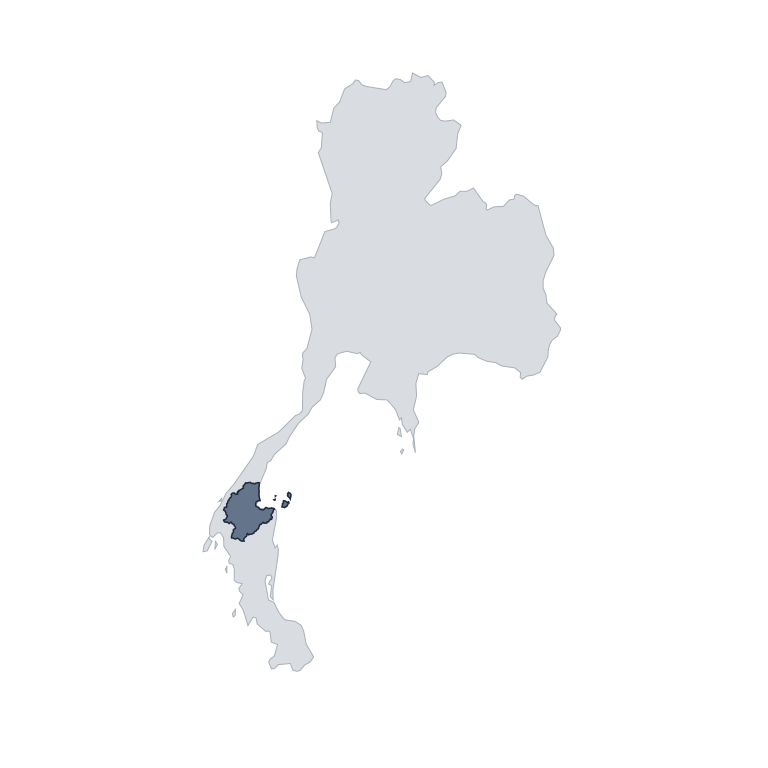 where Surat Thani sits in Thailand, rotated 19°
{"feature_id": "THA-380", "entity_name": "Surat Thani", "entity_type": "Province", "adm_level": 1, "iso_a3": "THA", "parent_name": "Thailand", "parent_adm1": "", "projection": "robinson", "projection_center": [99.144, 9.058], "detail": "fine", "context": "in_parent", "style": "filled", "palette": "slate", "viewbox_px": 768, "rotation_deg": 19, "n_neighbors": 0, "source": "natural_earth", "source_scale": "10m", "svg_char_len": 9242}
<svg xmlns="http://www.w3.org/2000/svg" viewBox="0 0 768 768"><g transform="rotate(19 384 384)"><path d="M333.5,82.5L334.1,85.4L336.9,81.5L340.5,79.6L347.8,88.2L348.6,91.9L343.4,105.7L344.3,110.3L347.6,114.1L351.6,116.3L355.9,115.7L363.9,111.7L372.7,114.3L372.2,123.4L375.5,137.9L371.2,152.8L366.9,160.1L370.2,166.5L370.4,172.4L362.0,195.6L363.7,197.3L369.1,199.9L371.4,199.1L380.2,190.0L390.0,182.9L393.2,177.0L399.4,175.0L404.9,169.6L417.8,179.0L421.2,179.8L422.8,181.4L423.5,185.2L425.1,185.9L430.4,180.6L439.1,177.2L442.6,169.2L446.7,166.8L446.3,162.9L447.6,161.4L454.8,161.0L465.8,165.2L469.6,166.1L471.4,165.1L488.8,190.8L500.1,200.6L502.9,207.3L500.5,224.5L500.8,234.3L503.3,241.8L508.1,247.0L511.7,254.5L524.7,261.6L523.6,263.5L524.5,268.2L532.6,273.5L533.3,275.3L532.4,282.3L528.8,287.6L528.0,291.9L528.0,297.2L530.1,305.3L527.7,321.9L522.9,326.6L516.6,330.0L513.2,334.5L510.6,333.4L509.4,328.7L502.5,326.2L489.2,328.6L482.5,327.5L473.6,329.1L464.9,328.4L459.8,326.5L445.3,330.1L439.2,333.4L434.8,338.2L428.3,350.4L421.7,358.0L421.8,361.0L413.5,362.9L414.0,373.3L418.7,384.6L420.2,398.9L429.5,409.0L427.7,416.1L428.8,422.9L436.1,438.8L430.9,431.3L429.8,426.1L423.7,418.2L421.7,422.1L414.5,416.2L411.5,410.3L410.4,412.9L403.3,404.6L396.1,400.1L392.0,398.1L381.9,401.0L369.0,398.8L364.1,400.9L362.0,399.6L360.8,397.1L364.3,367.4L353.2,363.7L351.3,361.8L348.9,364.0L338.0,365.2L330.1,370.7L329.1,375.2L332.7,383.4L328.2,398.1L329.7,412.0L329.1,419.6L323.6,429.3L322.2,437.0L316.0,448.9L311.9,463.9L310.9,472.6L303.5,485.9L301.8,493.4L299.2,496.2L300.2,502.2L299.0,520.4L303.7,533.6L302.4,539.8L307.5,542.0L319.5,537.8L323.6,538.9L326.1,546.1L329.2,567.8L334.3,574.5L335.5,571.1L337.9,574.6L339.8,581.1L346.1,615.3L349.5,624.2L345.6,621.9L343.5,611.2L339.9,610.7L341.2,603.9L339.0,601.5L335.4,603.4L335.5,608.8L345.1,625.8L351.0,626.3L358.5,633.8L366.7,639.3L377.1,637.4L384.2,639.1L388.5,643.8L395.2,655.3L406.3,664.9L404.6,671.0L400.3,675.8L398.0,682.2L395.0,684.1L390.9,684.1L386.4,678.8L375.5,683.7L373.1,688.7L370.3,690.0L365.5,684.4L365.9,681.3L368.9,676.8L368.1,664.9L361.5,664.8L357.1,655.9L355.7,655.1L352.6,656.4L342.2,652.2L339.2,646.7L336.1,647.1L334.0,656.7L324.8,643.9L318.5,638.7L319.4,629.2L315.1,627.1L313.3,624.5L314.9,618.9L309.0,619.7L306.2,618.2L302.8,607.9L299.8,603.9L296.0,603.9L294.7,601.9L295.0,596.8L285.5,589.7L282.4,581.6L277.8,577.9L274.9,579.0L272.1,584.8L269.9,584.4L267.9,582.8L265.4,574.7L265.6,560.4L268.6,552.1L270.3,538.8L274.7,527.6L284.0,494.9L284.3,482.1L300.1,463.7L310.5,442.7L314.0,439.6L315.5,435.7L310.0,418.8L307.5,407.0L307.9,404.0L301.2,396.0L299.5,386.9L297.7,384.0L297.1,381.0L299.6,375.6L298.1,355.6L290.8,341.8L277.6,329.0L265.9,310.2L264.3,303.5L263.9,294.1L273.4,287.7L277.2,287.3L278.5,259.0L286.6,253.6L288.3,251.3L289.2,246.6L287.3,243.8L282.0,248.5L281.0,247.4L274.4,230.8L273.0,220.7L246.6,186.7L247.8,181.0L244.0,166.3L240.1,166.1L237.5,163.5L234.7,156.9L239.8,157.7L248.1,154.0L246.7,139.8L250.2,131.6L250.7,117.9L257.0,109.9L257.9,105.9L261.3,105.4L265.9,108.4L270.6,108.4L290.2,105.0L292.8,101.3L294.0,93.9L295.9,91.5L300.3,90.8L305.4,92.3L310.7,89.4L309.7,80.6L319.1,82.1L325.2,78.0L333.5,82.5ZM272.6,588.6L271.2,599.3L267.5,601.5L266.3,595.2L268.5,585.3L269.5,587.6L272.6,588.6ZM332.1,526.5L331.5,531.7L328.2,533.4L327.4,527.6L332.1,526.5ZM413.7,420.8L417.7,428.1L413.1,427.4L412.2,420.4L413.7,420.8ZM317.3,653.4L315.3,650.3L317.0,645.4L318.7,651.3L317.3,653.4ZM278.7,589.8L277.9,595.6L276.0,587.7L278.7,589.8ZM332.3,522.0L330.5,521.3L329.0,518.0L331.1,518.0L332.3,522.0ZM294.8,607.2L297.0,614.1L294.5,610.9L294.8,607.2ZM424.2,440.0L423.6,444.4L421.5,442.6L422.8,439.4L424.2,440.0ZM268.1,547.5L265.9,549.1L267.7,545.0L268.1,547.5Z" fill="#d9dde1" stroke="#a8b0b8" stroke-width="1"/><path d="M298.4,518.1L298.6,519.0L299.1,520.7L299.3,522.3L299.5,523.3L299.8,524.2L300.9,526.1L301.1,526.7L301.2,527.7L301.3,528.3L302.8,531.5L304.9,534.6L304.7,534.7L304.0,534.6L303.8,534.7L303.7,534.8L303.8,535.0L303.7,535.2L302.8,535.7L302.4,536.0L301.7,536.9L301.5,537.6L301.7,539.3L302.5,541.2L304.2,541.6L305.9,541.7L306.9,542.8L308.1,542.7L309.3,542.7L310.5,542.5L311.4,541.7L311.7,541.1L311.9,540.3L312.2,539.6L312.7,539.1L313.1,539.1L314.8,539.4L315.4,539.3L315.9,539.0L316.2,538.7L316.5,538.6L317.6,538.3L318.3,537.8L318.3,537.7L319.6,537.8L319.9,537.9L320.1,537.5L320.6,537.6L321.3,537.9L320.7,538.6L320.6,538.9L320.5,539.1L320.5,539.5L320.5,539.9L320.7,541.4L320.5,542.1L320.3,542.8L320.1,543.6L319.8,544.5L320.2,544.9L320.3,545.0L320.4,545.5L320.5,545.7L320.8,545.8L321.3,545.9L321.5,545.9L321.6,546.1L321.8,546.4L321.8,546.6L321.8,547.6L321.8,548.1L321.8,548.3L321.7,548.5L321.4,548.8L321.2,548.8L320.8,548.5L320.7,548.5L320.5,548.4L320.4,548.5L320.3,549.2L320.3,549.4L320.2,549.9L320.2,550.2L320.0,550.7L319.8,551.1L319.8,551.6L319.7,551.8L319.3,552.1L319.1,552.2L318.6,552.2L318.4,552.3L318.3,552.6L318.5,553.0L318.6,553.3L318.5,553.5L318.4,553.6L318.1,553.8L317.7,554.0L317.2,554.2L316.7,554.2L316.1,554.6L315.9,554.7L315.6,554.6L315.4,554.2L315.0,554.1L314.7,554.2L314.5,554.5L313.5,556.6L313.2,557.0L312.6,557.0L312.4,557.3L312.3,557.7L312.3,557.9L312.4,558.6L312.2,559.5L312.2,560.2L312.3,560.5L312.4,560.9L312.4,561.0L312.2,562.0L312.0,562.4L311.3,563.1L311.2,563.3L311.1,563.5L311.1,563.8L311.1,564.2L311.1,564.4L311.0,564.5L310.1,565.4L309.6,565.7L309.5,565.9L309.5,566.2L309.5,566.5L309.6,566.9L309.5,567.1L309.5,567.3L308.8,567.9L308.0,568.9L307.8,569.0L307.2,569.2L306.6,569.5L305.8,570.1L305.3,570.6L305.1,570.7L304.8,570.6L303.9,569.8L303.7,569.7L303.4,569.9L303.4,570.2L303.6,571.7L303.6,572.1L303.6,572.5L303.4,573.0L303.2,573.2L302.8,573.7L302.5,574.3L302.1,575.5L301.9,576.1L301.9,576.4L302.1,577.0L302.9,578.0L301.8,578.4L301.3,578.7L300.9,578.8L300.5,578.9L299.8,578.8L299.6,578.8L298.3,578.4L298.0,578.1L297.7,578.0L296.2,577.6L295.7,577.6L295.4,577.6L294.8,578.1L294.6,578.6L294.4,578.7L294.2,578.8L293.2,579.1L292.4,578.9L291.1,578.8L290.8,578.8L290.7,578.9L290.1,579.2L289.9,579.1L289.8,578.9L289.5,578.0L289.4,577.4L289.4,576.7L289.5,576.0L289.4,575.7L289.2,575.2L289.2,574.4L289.3,574.3L289.5,574.0L289.6,573.8L289.8,573.2L289.8,572.7L289.7,572.4L289.6,572.2L289.2,571.7L289.0,571.2L289.0,570.9L289.5,570.0L290.5,569.0L290.5,568.8L290.5,568.7L290.2,568.0L289.5,567.2L289.3,567.0L289.1,566.9L288.6,566.7L288.4,566.6L288.1,566.1L287.9,565.8L287.8,565.7L287.6,565.6L286.3,565.6L286.0,565.5L285.8,565.5L285.6,565.3L285.1,564.6L284.8,564.3L284.7,564.3L284.4,564.3L284.1,564.5L283.9,564.7L283.5,566.0L283.4,566.2L283.1,566.3L282.7,566.3L282.2,566.0L281.5,565.9L281.2,565.7L280.9,565.5L280.7,565.5L280.3,565.8L280.1,566.0L279.5,566.2L278.6,566.3L278.0,566.3L277.9,566.2L276.8,565.2L276.7,565.1L276.6,564.9L276.7,564.7L276.8,564.6L277.0,564.5L277.4,564.5L277.6,564.3L277.7,564.2L278.0,563.5L278.5,563.1L278.6,562.9L278.7,562.7L278.7,562.4L278.7,561.6L278.7,561.2L278.8,560.0L278.8,559.5L278.7,559.3L278.6,559.2L278.3,559.1L277.8,559.1L277.6,559.1L277.2,558.7L276.7,557.8L276.5,557.3L276.4,557.1L275.0,555.9L274.6,555.8L273.9,555.6L273.5,555.5L273.4,555.3L273.3,555.2L273.5,554.7L273.5,554.2L273.4,553.7L273.3,553.1L273.4,552.7L273.6,552.5L274.4,552.0L274.7,551.7L274.9,551.7L275.2,551.7L275.2,551.4L275.1,550.9L274.3,548.5L274.3,548.2L274.6,547.9L274.8,547.8L274.8,547.6L274.8,547.4L274.6,545.8L274.6,545.6L274.6,545.3L274.6,545.0L274.7,544.8L274.8,544.8L275.0,544.6L275.2,544.3L275.1,544.1L275.1,543.2L275.3,542.6L275.3,542.2L275.4,541.9L275.8,541.5L276.1,541.1L276.2,540.7L276.1,539.0L276.1,538.7L275.4,538.1L275.8,537.2L276.2,536.6L276.4,536.4L276.7,536.2L278.1,535.8L278.3,535.8L278.6,536.3L278.8,536.5L279.0,536.5L280.1,536.3L280.9,536.2L281.1,536.1L281.3,536.0L281.3,535.7L281.4,535.1L281.3,534.9L280.9,535.0L280.7,534.9L280.7,534.7L280.7,534.2L280.6,533.5L280.7,533.3L280.8,533.2L281.2,533.4L281.4,533.4L281.5,533.3L281.7,532.8L281.7,532.6L281.4,532.2L281.4,531.8L281.5,531.7L282.0,531.5L282.3,531.3L282.7,530.9L284.1,529.0L284.3,528.8L284.8,528.5L284.9,528.3L285.0,528.2L284.9,528.0L284.8,527.8L284.7,527.7L284.7,527.3L284.7,527.2L284.3,526.9L284.1,526.7L284.1,526.4L284.1,525.9L284.8,524.7L285.0,524.2L285.2,522.8L285.4,522.5L285.5,522.4L285.9,522.6L286.1,522.6L287.0,521.9L287.3,521.9L287.8,521.5L288.4,521.1L289.1,520.8L289.6,520.6L289.9,520.6L290.5,520.9L290.8,521.0L291.4,520.9L291.8,520.9L293.0,520.4L293.4,520.6L293.6,520.6L294.1,520.6L294.3,520.5L294.5,520.4L294.9,519.7L295.1,519.4L295.5,519.3L296.3,518.8L296.7,518.3L296.9,518.2L297.0,518.2L297.3,518.2L297.8,518.1L298.4,518.1ZM332.1,526.5L332.3,526.6L332.7,527.0L332.9,527.6L332.5,528.0L332.2,529.2L332.1,530.5L331.8,531.6L330.7,532.2L330.6,532.4L330.6,532.8L330.5,533.0L330.3,533.2L329.7,533.2L328.0,533.4L327.6,533.5L327.4,532.7L327.3,531.2L326.9,530.4L327.4,529.6L327.4,528.9L327.1,528.1L326.9,527.4L327.2,526.9L328.1,526.8L329.0,526.8L331.2,527.5L331.8,527.3L332.1,526.5ZM330.8,517.9L332.0,518.7L332.4,520.1L332.8,523.3L332.4,522.9L331.5,522.3L329.5,521.4L329.1,521.0L329.3,520.5L329.2,520.1L328.5,519.2L328.5,518.9L329.0,518.0L329.1,517.6L329.5,517.8L329.8,517.8L330.5,517.8L330.8,517.9ZM318.6,528.4L318.8,529.2L318.0,529.6L317.5,529.3L318.6,528.4ZM318.1,525.1L317.9,525.5L317.7,525.0L317.9,525.0L318.0,525.1L318.1,525.1Z" fill="#64748b" stroke="#1e293b" stroke-width="1.5"/></g></svg>